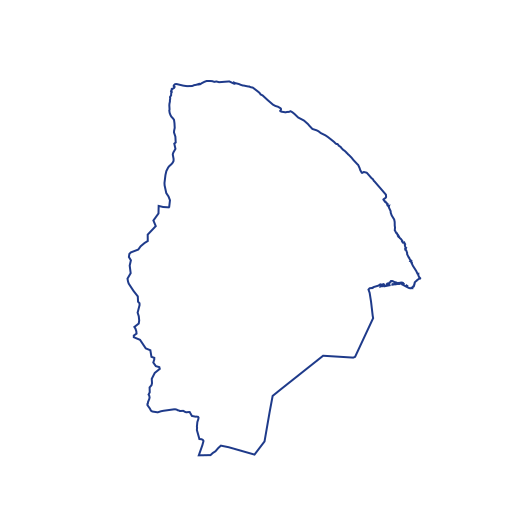 outline of Kota Balikpapan, Kalimantan Timur, Indonesia, rotated 252°
{"feature_id": "22746128B66626446070966", "entity_name": "Kota Balikpapan", "entity_type": "district", "adm_level": 2, "iso_a3": "IDN", "parent_name": "Indonesia", "parent_adm1": "Kalimantan Timur", "projection": "orthographic", "projection_center": [116.897, -1.161], "detail": "fine", "context": "isolated", "style": "outline", "palette": "blue", "viewbox_px": 512, "rotation_deg": 252, "n_neighbors": 0, "source": "geoboundaries", "source_scale": "gbopen_adm2", "svg_char_len": 6067}
<svg xmlns="http://www.w3.org/2000/svg" viewBox="0 0 512 512"><g transform="rotate(252 256 256)"><path d="M216.5,114.7L212.1,119.8L202.2,122.6L199.0,126.4L192.4,125.4L190.6,127.8L189.1,127.3L186.4,125.4L182.2,126.7L180.2,129.7L178.4,129.6L176.1,123.6L171.4,118.9L167.2,117.8L165.4,116.7L163.9,114.2L159.2,112.8L157.4,111.0L156.4,111.3L154.4,111.1L153.0,110.3L150.4,108.1L149.4,107.7L148.7,106.9L147.9,106.9L147.6,106.7L143.8,107.9L141.4,108.3L140.4,109.1L140.0,109.6L137.7,114.2L137.7,117.7L137.4,120.1L135.5,130.8L135.0,132.2L134.3,133.2L133.2,134.2L133.0,134.8L132.1,135.7L131.2,139.0L129.8,140.2L128.9,141.4L128.6,142.9L128.1,144.7L123.7,145.6L121.9,148.8L121.6,149.9L120.9,151.2L120.0,151.4L118.8,150.8L116.2,148.9L111.8,147.0L110.9,146.9L108.8,146.0L99.4,145.6L98.5,147.7L98.3,147.8L97.5,148.6L96.3,148.9L92.6,146.5L84.1,140.0L80.7,151.2L82.0,154.0L82.8,157.1L85.0,160.7L86.5,164.0L82.6,170.9L67.6,193.2L77.0,206.8L103.5,220.8L117.8,228.6L121.4,238.0L140.4,289.0L129.3,317.1L129.5,319.1L160.7,348.2L163.0,348.5L177.0,351.3L185.9,352.7L189.3,352.6L190.0,353.7L190.2,354.5L189.9,355.3L189.9,355.9L189.6,356.4L189.6,357.1L189.9,357.2L190.1,358.4L190.0,363.2L190.5,365.1L188.9,365.1L188.5,364.9L188.5,365.9L188.9,365.3L190.3,365.3L189.9,367.1L189.6,367.1L189.5,367.3L188.3,367.3L188.1,367.4L188.2,367.6L189.8,367.7L189.9,368.5L189.7,368.8L189.0,369.0L187.5,369.0L186.9,374.0L187.1,374.0L187.4,371.6L188.7,371.5L189.2,372.4L189.2,372.9L188.7,374.4L189.5,374.8L189.6,375.5L190.0,376.2L190.7,376.5L189.9,376.4L189.8,376.5L189.2,376.5L190.1,376.7L190.0,376.9L189.2,376.8L190.3,377.2L190.0,378.1L188.1,379.9L186.4,379.7L186.6,377.3L186.7,376.9L186.9,377.0L186.8,377.4L187.0,377.4L187.0,376.4L186.9,376.8L186.6,376.8L186.2,379.3L186.0,379.8L186.6,380.0L186.9,380.1L188.1,380.2L187.4,381.3L187.2,381.5L186.9,381.5L186.6,382.1L186.3,382.2L185.7,381.9L185.6,382.4L185.7,382.2L186.3,382.4L186.4,382.9L186.1,384.2L185.3,384.0L185.1,383.8L185.0,384.2L185.1,384.4L185.3,384.1L186.0,384.4L185.8,384.9L186.0,385.6L185.7,386.4L185.2,387.1L184.1,386.0L184.2,385.9L183.9,386.1L183.9,386.3L184.1,386.2L184.9,387.3L183.9,387.9L183.6,387.5L183.7,387.3L183.4,387.4L183.0,387.0L180.7,389.2L180.7,389.5L181.4,390.1L180.8,390.6L180.0,389.9L178.4,391.5L177.7,392.6L177.2,394.3L177.4,394.4L177.6,394.1L177.8,394.2L177.7,394.7L177.5,394.9L177.8,395.0L178.0,395.6L178.4,395.9L178.2,396.4L178.4,396.7L179.3,397.4L180.0,397.6L180.5,398.3L181.0,398.3L181.9,398.9L182.6,400.3L182.8,401.1L183.2,401.6L184.0,404.1L183.8,405.0L184.1,405.3L184.6,405.1L184.6,404.9L184.9,404.7L187.5,404.4L188.3,404.5L188.5,404.8L188.9,404.9L188.9,404.3L189.2,404.1L192.0,403.8L198.2,402.2L201.1,401.8L201.3,402.2L201.7,402.2L202.0,402.0L202.1,401.7L202.7,401.6L203.2,402.0L203.4,401.5L203.6,401.8L204.2,401.8L204.5,401.7L204.8,401.3L207.2,401.1L207.3,400.8L210.9,400.3L211.3,400.3L212.1,400.7L214.9,400.6L215.7,400.4L215.9,400.3L215.9,400.0L216.7,400.0L217.0,400.3L217.0,400.9L217.3,401.2L217.7,400.8L219.2,400.8L220.9,401.0L221.2,401.5L222.8,401.1L223.1,401.2L223.3,401.1L223.1,400.1L223.3,399.8L224.9,399.4L225.3,399.8L227.6,399.0L228.6,398.3L230.1,398.0L230.1,397.5L230.3,397.4L231.1,397.2L231.4,397.7L232.1,397.6L232.6,397.1L233.0,397.0L233.7,397.2L234.2,397.0L234.7,396.4L236.6,396.2L237.5,395.9L240.1,397.0L241.9,397.3L245.5,398.4L248.0,398.7L252.6,397.6L255.5,397.5L257.1,397.9L261.1,397.4L262.0,397.6L262.3,397.8L262.2,397.3L262.4,397.2L263.4,397.1L263.7,397.0L263.7,396.7L264.3,396.6L264.7,396.7L264.8,397.0L265.0,396.8L265.7,396.8L266.2,396.4L266.5,396.4L266.7,396.1L267.3,396.0L267.2,395.8L267.5,395.5L270.3,394.6L270.5,394.8L271.2,397.1L271.7,397.8L272.0,398.0L274.2,398.5L290.4,391.7L291.0,391.3L292.9,390.9L294.4,389.9L300.5,387.3L301.0,387.0L301.3,386.6L302.5,384.6L302.6,384.2L302.2,383.0L302.3,382.5L302.5,382.3L305.4,381.7L307.6,381.7L311.1,381.3L311.7,380.9L317.2,378.3L319.9,377.3L323.5,375.5L324.5,374.8L325.2,374.7L326.1,374.0L326.5,374.0L329.0,372.6L329.7,371.9L332.3,370.6L332.9,370.5L333.7,370.1L335.5,368.7L336.3,368.6L337.3,368.1L337.7,367.1L338.4,366.5L340.4,365.5L347.0,361.1L349.3,359.3L352.9,355.6L355.3,354.0L356.8,352.5L359.4,348.9L363.4,347.0L365.4,346.2L369.3,343.9L370.1,343.4L374.7,338.9L379.2,336.5L381.5,335.0L383.0,333.6L382.9,331.8L383.4,330.0L383.5,328.5L385.4,324.8L386.2,323.9L386.6,323.9L386.9,324.5L387.7,325.1L388.5,325.2L388.9,325.0L391.1,323.1L392.7,320.8L394.7,318.9L400.8,315.2L405.8,312.4L406.7,311.9L408.2,310.3L409.4,310.0L410.5,309.5L412.2,308.4L417.0,305.1L417.6,304.3L417.7,303.9L418.0,303.4L419.2,301.9L419.4,301.8L419.5,301.2L420.9,298.7L421.8,297.2L422.2,296.2L423.4,294.5L424.9,292.8L427.1,289.3L427.2,289.2L426.5,289.2L426.5,288.6L430.3,284.5L432.7,274.6L434.2,272.3L434.5,270.2L435.8,268.4L436.6,266.5L437.7,263.1L437.6,260.8L437.1,257.7L436.6,256.0L436.7,255.4L437.0,255.8L437.3,255.4L437.3,251.8L437.6,250.0L437.4,248.1L437.7,246.7L438.9,242.8L439.8,240.9L440.6,239.3L443.8,234.1L444.2,233.3L444.4,232.1L443.8,230.8L443.3,230.3L442.7,230.2L441.9,230.8L441.2,230.1L440.8,228.6L441.0,227.7L440.8,227.4L440.1,227.4L439.6,226.6L438.9,226.1L438.1,226.6L437.7,226.4L437.4,225.8L435.0,224.9L433.8,223.4L433.2,223.2L432.7,223.2L431.7,222.8L431.1,222.4L429.4,221.8L427.5,220.7L426.0,220.1L422.2,219.1L421.6,218.8L421.2,218.5L418.8,218.1L416.5,218.2L414.8,218.5L412.2,219.7L410.8,220.1L407.5,219.5L403.0,218.3L400.4,216.8L398.9,216.2L394.4,216.2L388.8,214.7L388.1,213.0L382.8,212.5L380.1,209.5L379.1,208.7L378.2,208.2L373.7,207.6L371.8,206.9L370.5,205.6L369.5,204.0L368.2,201.1L367.3,199.8L364.5,197.0L361.0,194.9L353.7,191.5L351.4,190.9L343.6,190.1L339.6,191.2L335.6,191.4L329.5,188.6L329.2,188.1L331.3,182.8L333.7,178.9L326.6,176.4L321.5,169.4L315.4,169.9L309.8,159.6L303.7,157.7L302.8,154.0L300.9,149.3L298.5,146.0L298.1,138.1L297.1,136.2L294.3,134.8L290.6,135.7L285.9,132.9L278.4,131.5L274.2,126.8L271.4,126.4L269.1,126.4L260.7,128.7L254.1,131.1L249.0,129.7L247.1,130.6L245.3,130.1L238.7,125.9L235.0,125.9L230.8,125.0L228.0,123.6L226.1,118.4L224.2,118.9L221.4,118.9L219.1,118.4L218.1,115.2L216.5,114.7Z" fill="none" stroke="#1e3a8a" stroke-width="2"/></g></svg>